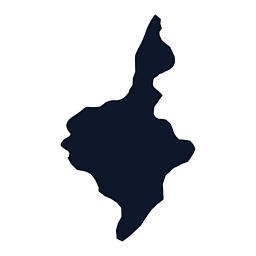 the district of Beylagan District, Beyləqan, Azerbaijan
{"feature_id": "54616110B20470092766685", "entity_name": "Beylagan District", "entity_type": "district", "adm_level": 2, "iso_a3": "AZE", "parent_name": "Azerbaijan", "parent_adm1": "Beyləqan", "projection": "equal_earth", "projection_center": [47.705, 39.846], "detail": "fine", "context": "isolated", "style": "filled", "palette": "ink", "viewbox_px": 256, "rotation_deg": 0, "n_neighbors": 0, "source": "geoboundaries", "source_scale": "gbopen_adm2", "svg_char_len": 1673}
<svg xmlns="http://www.w3.org/2000/svg" viewBox="0 0 256 256"><path d="M155.4,15.4L154.2,16.7L151.7,20.7L149.0,25.6L147.2,29.7L145.3,35.1L143.7,39.0L141.6,43.8L139.3,48.1L137.5,51.6L136.0,55.1L135.7,58.2L136.0,71.9L133.6,78.5L133.3,85.3L130.1,90.0L129.1,93.3L126.3,96.4L123.6,98.9L120.7,100.2L117.0,101.1L112.9,100.9L110.2,101.4L106.4,102.7L103.6,105.0L100.4,107.2L97.1,107.8L91.3,107.8L86.4,107.6L83.8,109.5L80.5,112.2L78.2,113.9L74.3,116.4L72.9,117.4L70.3,119.3L68.0,122.2L66.9,125.3L67.5,127.8L68.7,130.3L71.5,133.7L70.6,136.1L68.4,137.7L64.6,139.8L61.7,143.3L61.4,145.4L63.4,147.1L65.7,148.8L68.4,150.4L70.1,152.6L69.8,157.0L68.4,157.8L71.7,163.5L77.2,169.1L86.0,170.8L91.2,173.4L95.8,179.4L99.3,186.9L99.4,191.1L105.3,195.5L111.3,198.1L117.4,202.2L122.0,207.6L122.2,217.1L118.6,223.4L116.7,230.4L117.4,238.2L119.6,239.3L122.4,240.6L129.3,235.4L140.5,224.8L143.8,219.6L147.4,214.3L151.4,208.8L156.9,203.6L159.5,201.8L162.9,198.8L162.6,195.3L162.4,188.9L162.0,184.2L163.7,179.1L165.2,174.8L169.2,171.5L172.9,167.7L178.3,165.1L181.1,163.5L187.3,161.2L189.4,158.4L191.4,155.4L193.3,152.3L194.6,148.7L192.7,144.9L189.7,141.3L182.4,140.3L178.8,140.2L175.5,136.8L173.5,133.6L172.0,129.3L170.2,124.5L165.9,120.4L162.8,119.7L158.4,119.6L154.6,117.3L152.9,114.0L153.1,110.6L153.7,106.3L154.8,104.9L157.5,101.3L159.3,98.6L161.7,95.4L159.9,93.4L156.7,90.6L153.9,88.2L152.2,85.7L152.2,83.3L152.6,79.7L153.4,77.7L157.0,75.5L158.9,73.5L162.0,72.5L165.1,70.8L169.0,69.1L172.5,66.2L174.2,62.4L174.0,56.9L171.7,51.9L169.6,47.5L164.9,43.9L161.2,40.6L158.9,35.5L158.6,31.8L161.0,28.2L159.6,23.8L160.1,19.4L156.0,16.0L155.4,15.4Z" fill="#0f172a" stroke="#020617" stroke-width="1.5"/></svg>